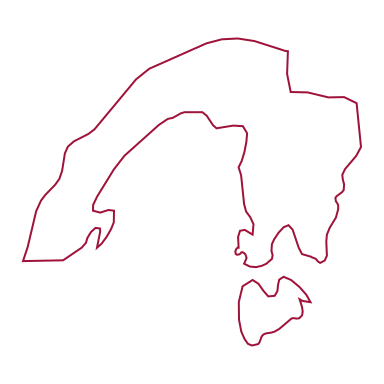 SVG path tracing the border of Zamboanga Sibugay
{"feature_id": "PHL-2521", "entity_name": "Zamboanga Sibugay", "entity_type": "Province", "adm_level": 1, "iso_a3": "PHL", "parent_name": "Philippines", "parent_adm1": "", "projection": "natural_earth1", "projection_center": [122.777, 7.618], "detail": "fine", "context": "isolated", "style": "outline", "palette": "rose", "viewbox_px": 384, "rotation_deg": 0, "n_neighbors": 0, "source": "natural_earth", "source_scale": "10m", "svg_char_len": 2083}
<svg xmlns="http://www.w3.org/2000/svg" viewBox="0 0 384 384"><path d="M361.0,147.0L356.2,155.9L345.1,169.0L342.3,174.8L342.8,179.5L344.1,184.3L343.7,190.0L342.0,192.2L336.6,196.2L335.4,197.9L335.9,201.3L337.2,203.1L338.2,205.2L338.2,209.2L335.9,217.6L329.7,227.8L326.9,234.6L326.3,241.5L326.9,255.7L324.7,260.5L320.2,262.9L317.9,261.5L315.8,258.8L311.8,257.3L311.3,256.8L302.0,254.1L298.7,247.7L292.6,229.6L288.5,225.2L283.7,227.2L278.5,232.8L274.1,239.4L271.9,244.2L271.5,250.9L272.6,255.2L272.0,258.8L266.4,263.7L261.9,265.8L256.2,267.1L250.0,266.6L244.1,263.7L246.6,258.0L245.3,254.1L242.7,252.2L241.3,252.4L240.5,253.6L238.9,254.5L237.0,254.7L235.8,254.1L235.3,251.4L236.3,249.0L237.7,247.6L238.6,247.7L238.1,236.9L240.0,230.8L244.7,229.9L252.6,234.6L253.5,224.2L250.3,217.3L246.1,211.5L244.1,204.1L241.1,175.2L238.6,167.3L241.7,161.0L244.5,151.7L246.4,141.7L247.1,133.3L242.9,126.2L233.2,125.6L216.5,128.3L213.0,125.2L206.7,115.7L202.4,112.2L184.5,112.2L180.9,113.3L172.7,117.9L167.8,118.9L158.9,124.9L124.5,155.7L114.0,169.2L97.1,196.6L93.1,205.0L93.0,210.7L100.3,212.6L108.4,210.0L114.0,210.7L113.8,222.3L111.2,228.8L106.7,236.8L101.4,243.9L97.0,247.7L100.2,231.5L100.0,228.5L95.5,227.9L90.9,232.1L87.3,238.1L86.0,242.7L81.8,247.6L63.1,260.3L23.0,261.1L27.6,247.3L36.2,211.1L41.0,200.6L45.3,194.9L55.1,184.8L59.3,179.0L62.1,170.9L64.9,153.3L67.9,146.6L74.1,141.2L88.3,134.0L94.6,129.2L136.1,79.3L144.7,72.4L149.3,68.7L206.3,43.4L221.9,39.3L237.9,38.5L254.6,41.1L285.2,50.9L287.9,51.2L287.1,74.0L290.7,92.0L307.6,92.4L328.4,97.4L344.1,97.1L356.6,103.2L361.0,147.0ZM310.5,302.2L302.4,300.9L299.6,299.2L302.0,306.9L302.7,311.6L302.1,315.3L299.2,318.3L296.4,318.6L293.8,318.1L291.5,318.5L279.4,328.8L274.7,331.6L271.3,332.6L266.0,333.4L263.4,334.5L261.6,336.6L259.5,342.4L258.1,344.1L252.0,345.5L247.9,343.8L244.6,339.1L241.3,331.6L239.0,319.7L238.8,302.0L242.6,286.3L252.6,280.0L258.5,283.8L263.4,290.8L268.3,296.4L274.7,295.8L277.4,291.1L278.0,285.1L279.2,279.7L283.6,276.8L291.1,280.0L299.4,286.9L306.5,295.0L310.5,302.2Z" fill="none" stroke="#9f1239" stroke-width="2"/></svg>